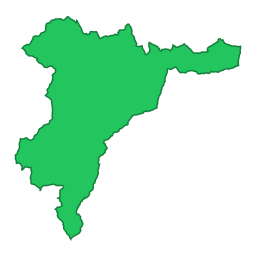 Santiago de Chuco, La Libertad, Peru (Albers equal-area conic projection)
{"feature_id": "86281439B3188642373758", "entity_name": "Santiago de Chuco", "entity_type": "district", "adm_level": 2, "iso_a3": "PER", "parent_name": "Peru", "parent_adm1": "La Libertad", "projection": "albers", "projection_center": [-78.103, -8.267], "detail": "fine", "context": "isolated", "style": "filled", "palette": "green", "viewbox_px": 256, "rotation_deg": 0, "n_neighbors": 0, "source": "geoboundaries", "source_scale": "gbopen_adm2", "svg_char_len": 5584}
<svg xmlns="http://www.w3.org/2000/svg" viewBox="0 0 256 256"><path d="M15.4,154.9L15.6,157.7L15.4,158.8L16.3,160.9L16.4,163.3L17.2,163.4L18.2,162.7L19.2,163.0L20.8,164.4L21.8,165.9L22.1,166.7L22.2,168.0L21.6,169.1L21.8,169.9L22.6,169.7L25.2,166.9L26.2,166.8L29.0,167.6L31.3,167.5L30.9,169.4L31.5,171.3L31.6,173.3L30.4,177.5L30.4,178.5L31.0,180.0L31.1,183.5L31.7,184.0L33.2,184.2L35.6,185.1L38.8,187.8L39.7,188.1L40.2,189.0L40.2,190.4L40.5,190.3L41.2,187.8L43.1,185.6L46.5,185.6L53.6,184.1L56.5,185.5L60.9,185.5L62.8,185.7L63.3,186.1L63.6,187.2L63.1,188.1L62.7,188.5L61.5,188.9L60.0,190.3L59.9,194.5L60.2,195.0L60.2,196.4L59.5,197.3L57.9,198.2L58.3,198.4L59.2,198.3L59.7,198.6L59.7,200.6L61.6,202.9L61.4,204.4L62.1,205.1L62.0,205.8L59.2,207.4L57.8,207.1L57.2,207.3L56.3,208.6L55.3,209.2L56.2,209.8L56.8,210.6L57.0,212.1L57.8,212.8L57.4,215.6L58.0,217.1L60.1,219.6L61.5,220.5L63.2,222.8L63.3,223.6L62.9,224.4L63.7,225.8L63.7,228.6L66.2,232.1L66.9,233.6L69.1,235.6L70.0,238.2L70.8,239.2L70.9,238.6L73.0,236.7L79.1,233.2L79.9,232.2L80.8,230.4L80.2,228.6L81.5,226.5L82.2,225.9L82.8,223.9L81.4,220.0L80.4,219.0L80.5,216.5L79.4,215.5L78.7,214.2L77.4,214.4L76.6,214.1L76.5,212.4L76.1,211.5L76.7,210.7L76.9,209.6L77.6,208.8L77.6,207.4L78.5,207.0L78.8,205.4L79.3,205.2L79.2,204.7L80.1,204.3L80.2,202.6L81.2,201.6L82.0,201.3L82.7,199.5L83.9,199.1L84.4,197.5L85.5,198.1L86.7,197.6L88.4,196.1L89.5,194.6L89.4,192.8L89.7,192.1L90.8,190.8L91.6,190.7L93.1,189.0L93.3,184.3L94.0,183.1L94.9,182.8L95.4,179.9L97.1,177.2L97.3,176.0L98.2,174.1L98.4,172.6L97.9,170.4L98.6,168.7L98.9,165.8L99.6,164.4L98.2,163.3L98.9,159.8L98.6,158.1L98.7,157.3L100.3,156.3L101.1,155.2L103.0,154.8L103.4,154.0L105.1,152.4L105.2,150.2L106.5,149.3L107.0,148.5L107.0,147.8L105.4,145.5L105.2,144.0L103.6,142.9L103.9,141.4L105.1,140.3L108.8,139.0L109.4,137.9L110.4,137.2L111.1,135.8L111.9,135.9L112.3,135.7L113.1,133.5L114.6,132.0L116.7,132.2L118.7,131.3L119.5,129.1L121.4,128.5L125.0,125.3L127.5,124.8L128.1,124.0L127.9,122.3L128.3,121.4L132.7,115.7L134.3,114.8L136.2,115.0L139.3,114.0L140.8,113.9L141.6,113.3L143.3,112.9L144.0,111.7L145.9,111.2L147.5,111.5L147.8,111.0L150.3,111.0L151.3,110.0L152.2,110.2L155.1,108.4L156.2,108.3L157.0,107.8L156.8,105.8L157.7,103.4L157.6,101.5L158.9,96.4L160.0,94.4L160.7,93.6L160.6,92.4L161.2,91.5L161.2,89.6L161.8,89.1L161.7,87.8L162.5,86.6L162.5,86.0L163.5,85.5L164.2,82.3L165.2,81.3L164.9,80.2L165.0,78.4L166.1,74.8L167.1,72.9L167.4,69.2L167.8,68.9L169.0,68.7L169.9,69.2L171.2,69.4L173.7,67.8L175.7,67.1L176.7,67.8L178.0,70.2L180.2,72.6L183.8,72.5L185.6,72.9L187.6,71.2L192.1,70.5L193.8,71.1L196.3,71.5L197.4,73.4L199.1,73.9L203.0,73.3L204.5,73.5L205.4,72.8L206.2,72.7L207.4,73.2L209.0,73.4L210.9,72.2L211.2,71.3L213.3,72.0L215.9,71.7L218.3,72.2L220.8,70.8L223.1,70.2L223.6,69.6L224.6,69.4L226.2,68.5L228.0,69.2L233.3,67.8L235.7,66.3L236.6,66.3L237.2,65.8L238.6,65.5L238.2,63.7L238.5,62.0L238.1,60.2L238.7,59.2L239.3,55.2L240.3,53.0L240.1,50.9L240.6,47.8L240.5,46.3L238.7,46.7L234.6,46.0L232.2,46.2L228.4,44.6L226.1,44.1L224.0,42.5L222.7,39.8L221.2,40.4L220.0,38.8L218.4,39.1L218.0,41.9L216.8,42.0L215.6,43.2L213.6,44.1L212.1,45.3L208.8,47.0L207.7,48.1L207.3,50.1L208.3,51.1L207.7,51.8L204.3,52.2L201.9,52.0L200.1,53.2L199.4,53.0L198.6,53.0L198.2,53.3L196.3,53.0L194.0,53.2L192.2,51.7L190.7,49.4L189.0,48.3L188.0,47.4L187.4,46.3L185.9,45.6L184.2,43.9L181.5,45.7L179.9,46.1L177.9,47.1L176.6,47.3L175.9,47.1L174.7,46.0L173.0,45.1L172.6,47.7L170.7,50.4L170.0,50.9L168.9,49.5L164.9,49.0L163.6,49.6L161.9,49.5L161.4,50.9L160.8,51.1L159.3,50.0L159.5,48.8L158.0,47.7L157.3,46.4L151.5,43.9L150.3,42.9L149.2,42.5L148.8,45.2L149.8,49.4L149.8,51.1L147.0,54.4L146.0,54.6L145.4,54.4L144.4,51.4L142.5,48.5L142.1,45.9L139.6,46.5L136.9,46.4L136.0,45.6L136.7,43.4L135.5,41.5L134.9,41.1L135.1,40.2L134.3,39.3L134.5,38.5L134.1,36.9L131.9,34.4L131.6,33.4L132.0,31.2L131.7,29.6L130.7,26.8L129.8,25.9L128.8,24.2L127.5,24.3L126.4,25.5L126.2,26.1L125.5,26.3L125.4,28.5L124.7,29.4L123.2,30.1L119.9,30.0L119.1,30.5L118.8,31.8L117.9,32.5L118.6,33.1L118.5,34.0L117.6,34.8L117.0,34.9L116.1,34.3L115.1,34.3L113.2,35.4L110.7,35.6L107.5,36.8L106.5,36.0L105.8,36.0L104.1,36.5L100.1,38.7L99.5,38.0L96.6,32.0L96.0,31.6L94.5,32.0L90.8,31.6L90.3,31.9L89.5,34.5L88.1,34.1L87.3,34.5L86.0,33.6L84.4,34.1L83.4,33.6L82.5,32.1L81.4,28.8L79.9,26.1L79.2,25.4L78.5,23.4L77.8,22.7L77.5,21.3L76.7,20.6L76.7,22.4L75.9,22.8L74.3,20.9L70.4,18.8L68.3,16.8L67.4,16.8L66.8,17.3L65.3,19.0L63.7,20.3L62.8,20.2L61.5,19.2L60.1,18.7L58.1,19.0L55.3,19.0L53.8,20.2L52.6,20.0L51.4,20.5L50.6,21.2L50.1,22.6L47.7,23.1L46.5,23.9L45.8,26.1L45.8,28.6L45.4,30.9L44.5,31.9L41.4,33.0L40.7,33.5L39.7,35.6L39.1,35.8L37.7,36.3L35.6,35.9L33.4,36.7L32.9,38.7L29.9,44.2L28.6,44.8L27.2,44.4L24.2,46.0L22.1,48.2L24.1,49.5L25.6,51.7L26.4,53.8L27.2,54.6L28.5,55.2L28.9,55.9L30.7,55.8L32.4,56.0L34.9,57.6L37.5,58.2L37.6,58.7L36.7,59.7L37.1,60.6L38.9,62.7L42.4,64.3L44.3,67.0L46.7,67.6L49.7,66.1L51.3,66.0L52.3,66.4L54.0,68.4L55.7,69.2L55.3,72.6L52.9,74.4L52.3,75.3L53.0,77.4L52.4,79.2L52.8,80.1L51.8,81.5L51.4,83.6L50.0,84.1L49.1,87.2L48.6,88.1L47.2,89.4L47.2,90.8L47.9,92.4L47.7,93.2L45.4,95.4L46.4,96.3L49.0,97.6L51.2,99.6L51.4,100.1L52.6,109.4L52.2,115.0L52.4,118.5L51.8,119.5L49.8,120.9L49.2,123.3L48.7,124.0L46.6,124.2L45.4,124.8L43.7,125.2L42.5,127.1L39.1,129.2L38.5,131.4L37.0,134.1L36.6,134.6L35.4,134.9L34.7,135.5L33.8,138.1L32.4,139.6L30.2,140.4L28.4,139.4L26.7,137.9L25.3,138.0L24.3,138.7L22.4,139.1L20.3,138.8L20.3,140.8L19.3,143.3L19.5,147.7L18.4,150.5L17.6,151.6L17.0,154.1L16.4,154.6L15.4,154.9Z" fill="#22c55e" stroke="#15803d" stroke-width="1.5"/></svg>